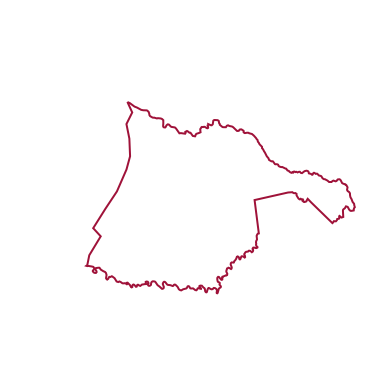 the district of Zu'unburen, Selenge, Mongolia, rotated 54°
{"feature_id": "93677404B25826466624869", "entity_name": "Zu'unburen", "entity_type": "district", "adm_level": 2, "iso_a3": "MNG", "parent_name": "Mongolia", "parent_adm1": "Selenge", "projection": "robinson", "projection_center": [106.008, 49.971], "detail": "fine", "context": "isolated", "style": "outline", "palette": "rose", "viewbox_px": 384, "rotation_deg": 54, "n_neighbors": 0, "source": "geoboundaries", "source_scale": "gbopen_adm2", "svg_char_len": 6061}
<svg xmlns="http://www.w3.org/2000/svg" viewBox="0 0 384 384"><g transform="rotate(54 192 192)"><path d="M82.0,190.9L82.0,191.5L92.5,193.6L98.5,205.1L112.0,211.3L126.7,221.1L135.3,231.8L147.4,252.4L154.7,272.0L163.2,293.2L174.2,291.9L182.8,312.3L189.6,319.7L189.6,320.9L190.4,320.3L190.9,319.3L193.4,316.8L194.5,315.9L195.1,315.8L196.1,315.9L197.0,316.6L197.3,318.4L197.9,318.9L199.3,318.8L200.3,318.2L201.0,317.3L200.7,316.2L199.8,315.8L198.1,315.7L197.0,315.1L197.1,314.4L198.2,312.3L198.9,311.4L201.2,311.4L203.7,310.4L205.7,309.3L206.9,309.2L208.9,309.9L211.2,312.2L212.2,312.3L213.0,312.1L213.0,310.9L212.1,309.1L212.1,308.7L212.8,307.9L213.0,306.4L213.3,306.2L216.2,305.3L220.1,305.6L221.5,304.6L221.7,303.3L222.9,302.6L224.8,302.0L225.4,301.5L226.3,300.0L227.3,299.3L228.4,298.9L228.4,298.5L227.2,298.0L227.5,297.4L230.7,296.9L233.1,297.2L233.7,296.9L233.8,296.2L232.5,295.0L232.3,294.5L232.4,293.8L233.1,293.3L235.8,293.0L236.0,292.3L235.1,291.1L235.1,290.5L235.5,290.0L236.8,289.6L237.6,289.0L237.5,286.7L238.1,285.8L238.6,284.6L239.4,283.4L237.5,282.3L237.6,281.6L238.5,280.6L239.5,280.5L240.3,280.9L240.3,281.7L240.7,282.1L241.9,282.3L242.7,281.9L243.1,281.0L243.0,279.8L241.6,278.5L241.1,277.5L241.1,276.5L241.5,275.8L242.6,274.7L243.2,274.5L247.2,274.6L249.3,273.9L252.7,273.2L253.1,272.6L253.1,271.5L252.3,270.6L249.2,269.7L248.3,268.4L248.2,267.4L248.6,266.9L249.3,266.6L252.1,266.5L253.0,266.1L254.6,264.3L256.7,262.9L256.9,262.2L256.5,261.1L256.6,260.6L257.3,259.9L260.3,259.4L263.0,259.8L264.4,259.3L265.3,258.5L265.5,256.3L266.7,253.3L266.5,252.3L265.8,251.1L265.9,250.4L266.8,249.8L268.9,250.0L269.5,249.5L270.6,247.8L273.3,247.0L274.1,246.2L274.0,245.5L273.3,244.1L273.4,243.7L273.6,243.4L275.6,241.7L275.3,241.4L272.9,241.7L272.4,241.2L272.6,240.3L273.6,239.1L276.0,238.9L277.0,238.5L277.7,238.5L280.2,239.7L281.2,239.7L281.7,239.2L281.6,238.7L280.0,236.7L279.4,235.4L279.4,235.0L279.8,234.6L281.3,234.0L282.2,233.4L282.7,232.4L282.4,230.9L282.5,230.6L283.4,229.8L284.9,229.3L286.4,229.7L288.0,231.3L288.4,231.4L288.8,231.1L288.7,230.5L286.2,227.4L285.9,226.8L286.0,224.8L285.3,224.1L283.1,224.2L282.4,223.4L281.9,223.0L281.2,223.1L279.9,223.8L279.2,223.7L277.2,222.7L276.3,221.9L276.1,221.3L276.0,220.7L276.5,220.2L280.2,219.9L280.6,219.5L280.6,218.9L278.8,217.9L279.1,217.3L278.5,216.9L279.2,214.6L279.2,213.9L279.7,213.4L279.8,212.4L278.9,211.5L276.7,211.1L276.1,210.7L274.5,208.6L274.7,208.2L274.6,207.1L275.4,206.5L277.3,205.7L277.3,205.3L276.8,204.5L276.2,204.1L273.5,203.4L272.4,202.4L272.3,201.3L273.6,199.8L273.6,199.5L272.9,198.7L272.6,197.1L271.9,195.3L270.8,193.8L270.9,193.0L271.7,192.5L272.8,192.6L274.2,193.1L274.7,192.9L274.8,192.5L273.2,190.0L273.2,189.6L274.1,188.6L276.0,187.9L275.9,187.3L274.8,186.7L273.0,186.3L272.2,184.3L272.2,183.3L273.1,181.8L272.9,180.7L273.0,180.3L274.1,179.4L275.9,179.0L275.9,177.8L275.4,177.1L275.0,176.7L274.3,176.4L273.7,176.5L273.3,176.1L273.0,175.1L273.6,174.3L274.9,173.3L275.3,172.7L275.4,171.7L275.1,171.4L273.4,171.6L272.4,171.3L271.7,170.5L270.6,170.0L269.5,169.0L268.6,167.3L265.5,165.5L264.8,164.4L264.4,163.3L264.8,162.3L235.3,146.1L248.9,114.5L251.2,110.9L251.8,110.8L253.0,110.1L253.6,109.0L254.9,108.5L256.2,109.4L259.8,109.7L261.2,109.3L261.5,109.0L261.4,108.0L262.5,107.6L263.0,106.7L263.8,106.8L263.7,107.4L264.0,107.8L265.7,107.4L266.3,106.8L266.8,105.0L265.9,103.4L265.5,102.4L270.6,101.7L299.7,96.7L299.6,95.9L299.0,94.3L299.9,93.4L300.3,92.7L299.9,91.2L299.2,90.4L300.0,88.9L299.7,88.2L298.6,87.6L298.0,86.9L298.0,86.7L300.4,86.2L300.6,86.0L301.1,84.3L296.0,81.0L295.3,80.4L295.0,79.6L295.0,77.9L294.1,75.9L294.8,75.3L295.7,74.8L298.6,75.2L300.3,74.9L301.0,74.1L302.0,72.0L300.8,71.0L300.3,70.3L300.0,69.2L298.3,68.6L296.8,67.8L294.4,67.9L291.5,67.1L289.4,66.9L287.4,66.0L286.1,65.1L285.2,64.9L284.5,64.9L282.7,65.5L281.4,65.3L279.6,63.4L277.1,63.1L276.6,63.6L275.9,63.4L274.3,64.7L273.0,65.3L269.9,64.8L269.1,64.9L268.5,65.1L268.1,65.6L267.5,66.8L268.0,68.5L267.8,69.5L265.9,70.9L265.7,71.8L265.9,73.3L264.5,75.2L262.4,75.7L259.7,77.0L259.2,77.7L258.3,78.1L257.4,78.3L255.4,78.1L254.8,78.3L253.1,79.7L251.6,79.8L250.6,80.1L250.0,81.3L248.5,81.7L248.1,82.1L248.1,83.0L248.8,84.1L248.7,84.7L247.3,85.1L245.6,86.5L244.3,85.9L243.4,85.9L242.3,86.6L241.9,87.2L241.3,88.7L241.4,91.9L240.5,92.7L239.0,92.9L238.5,93.7L238.2,95.1L237.0,95.7L236.6,96.8L236.0,96.9L235.5,97.3L235.3,97.9L235.6,98.5L235.1,98.6L234.9,99.0L235.2,100.0L234.1,100.8L233.0,101.2L231.8,101.3L230.7,102.1L228.5,102.1L228.0,102.6L224.8,104.3L224.3,105.2L222.8,106.3L221.9,106.6L220.5,106.3L219.5,106.9L218.5,108.3L218.2,108.5L215.2,108.5L214.6,108.6L213.9,109.7L211.4,110.8L209.6,110.3L207.1,110.5L202.8,109.8L201.5,109.8L199.2,109.4L197.8,109.6L196.6,108.8L193.1,109.3L191.3,109.0L190.0,109.1L188.4,108.4L187.2,108.6L186.0,108.5L182.8,108.8L180.3,109.4L178.0,111.3L177.4,111.4L176.4,112.6L175.5,114.5L175.1,114.9L173.9,115.1L173.2,114.4L172.7,114.3L170.4,115.2L169.6,116.4L169.6,117.1L170.0,117.7L169.7,118.9L169.0,119.7L163.8,120.6L162.6,121.1L160.4,123.1L159.5,123.4L159.1,124.0L158.9,125.0L159.5,126.5L157.7,128.9L157.2,129.2L154.0,130.0L153.1,129.5L152.3,129.6L150.2,128.6L149.0,129.0L147.1,131.3L146.8,131.9L146.8,132.8L149.4,135.4L149.6,136.8L149.2,137.4L146.7,138.9L147.3,139.2L147.3,140.2L149.0,140.8L149.6,141.3L149.6,141.9L149.0,142.5L147.4,143.1L146.7,143.5L146.3,143.9L146.0,144.9L145.2,145.7L145.1,146.1L146.0,148.4L148.7,150.0L148.4,151.5L147.5,154.3L147.8,155.3L148.7,156.5L148.8,156.8L147.1,158.4L143.3,158.4L142.9,158.6L142.6,159.2L140.4,159.8L139.7,160.2L139.4,162.1L139.9,162.4L140.4,162.4L140.8,163.3L137.9,166.3L137.1,167.7L131.2,167.6L129.7,167.9L127.2,170.4L126.4,170.7L124.0,171.0L123.3,171.5L123.0,171.9L123.0,172.5L123.1,173.5L124.0,175.3L124.0,175.9L122.9,176.9L121.8,176.7L119.5,174.8L117.0,173.0L115.4,173.3L114.2,174.0L112.2,176.2L111.9,177.1L109.6,178.9L109.1,179.7L108.5,180.2L106.0,181.3L104.6,181.2L103.7,180.6L101.7,180.0L100.0,180.3L99.4,180.6L97.2,183.4L95.7,184.8L91.3,186.9L89.1,188.3L83.7,190.0L82.0,190.9Z" fill="none" stroke="#9f1239" stroke-width="2"/></g></svg>